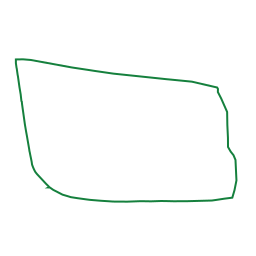 Reduit Park, Gros Islet, Saint Lucia (Natural Earth projection), rotated 262°
{"feature_id": "8701671B38188499976025", "entity_name": "Reduit Park", "entity_type": "district", "adm_level": 2, "iso_a3": "LCA", "parent_name": "Saint Lucia", "parent_adm1": "Gros Islet", "projection": "natural_earth1", "projection_center": [-60.956, 14.066], "detail": "fine", "context": "isolated", "style": "outline", "palette": "green", "viewbox_px": 256, "rotation_deg": 262, "n_neighbors": 0, "source": "geoboundaries", "source_scale": "gbopen_adm2", "svg_char_len": 1202}
<svg xmlns="http://www.w3.org/2000/svg" viewBox="0 0 256 256"><g transform="rotate(262 128 128)"><path d="M80.2,41.0L80.0,42.3L77.1,45.4L74.8,48.7L71.9,52.8L74.2,49.5L71.1,53.9L68.6,59.4L67.5,61.7L65.6,68.0L63.1,76.8L62.1,80.5L59.7,91.1L58.1,98.9L57.8,100.3L57.2,103.2L56.6,107.3L56.0,111.5L55.2,116.7L53.8,130.2L52.7,137.3L52.2,140.4L51.1,150.6L50.7,153.2L50.2,156.4L49.0,163.7L48.4,168.4L47.4,175.4L44.5,201.0L44.5,205.1L44.6,213.6L44.5,221.6L51.6,224.8L61.0,228.1L81.4,230.0L86.4,228.7L90.3,226.4L95.3,224.4L104.3,225.6L117.2,226.8L130.1,228.4L144.2,224.4L151.1,222.0L154.2,222.5L155.7,221.9L158.0,215.9L165.0,197.7L170.2,176.2L171.0,172.8L173.2,164.0L183.9,121.0L189.2,102.8L190.9,97.2L195.8,80.7L208.9,41.2L210.6,33.7L211.5,26.5L207.8,26.0L203.2,26.0L202.4,26.1L196.0,26.1L194.7,26.2L183.6,26.2L176.2,26.4L169.5,26.2L168.9,26.5L166.5,26.4L161.8,26.4L154.6,26.4L152.3,26.4L145.6,26.4L138.6,26.6L133.7,26.8L124.0,27.1L121.0,27.2L120.3,27.2L118.7,27.2L117.9,27.3L116.1,27.4L114.3,27.5L111.3,27.7L107.9,27.9L105.1,27.9L103.3,28.3L102.0,28.6L100.6,29.0L98.7,29.6L97.2,30.2L95.0,31.5L92.7,33.1L90.0,35.0L84.1,39.1L81.9,40.8L80.5,41.8L80.2,41.0Z" fill="none" stroke="#15803d" stroke-width="2"/></g></svg>